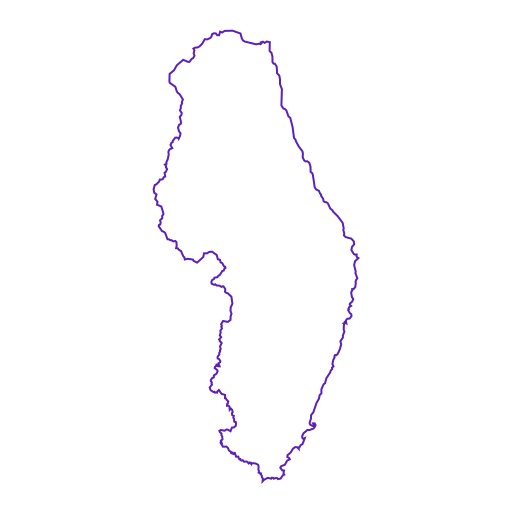 outline of Antalaha, Sava, Madagascar
{"feature_id": "10022922B15279482214677", "entity_name": "Antalaha", "entity_type": "district", "adm_level": 2, "iso_a3": "MDG", "parent_name": "Madagascar", "parent_adm1": "Sava", "projection": "orthographic", "projection_center": [50.057, -15.259], "detail": "fine", "context": "isolated", "style": "outline", "palette": "violet", "viewbox_px": 512, "rotation_deg": 0, "n_neighbors": 0, "source": "geoboundaries", "source_scale": "gbopen_adm2", "svg_char_len": 6064}
<svg xmlns="http://www.w3.org/2000/svg" viewBox="0 0 512 512"><path d="M219.4,430.8L219.9,432.1L221.5,433.6L221.4,435.3L222.2,436.5L222.5,439.4L220.9,440.6L221.5,442.4L220.8,442.0L220.6,442.7L222.9,446.7L226.4,446.6L227.9,447.9L229.0,450.6L231.0,451.9L231.0,452.9L231.7,453.3L232.3,452.9L232.4,453.5L233.6,454.0L234.2,452.9L234.9,453.0L236.1,456.7L238.3,456.6L238.9,458.7L239.5,459.3L240.4,459.1L240.7,460.2L241.7,460.6L242.8,460.2L244.0,461.7L246.5,461.5L247.6,462.1L248.6,463.4L249.7,462.5L250.4,463.4L251.0,463.0L251.5,464.0L251.8,463.3L253.7,463.2L255.9,463.6L258.1,464.8L258.6,466.5L258.4,469.6L259.0,471.1L258.6,472.6L260.9,473.4L260.6,474.4L261.7,475.4L261.9,477.3L262.9,478.5L262.6,481.3L264.2,479.7L267.8,477.8L271.1,478.7L271.8,477.7L273.1,477.9L273.8,478.7L276.0,477.9L277.2,478.2L278.0,479.1L280.6,478.6L283.0,475.1L284.2,474.6L283.5,473.3L284.0,470.5L282.2,470.4L280.3,467.7L281.3,466.1L284.8,464.8L287.2,460.6L289.8,459.3L289.1,458.0L287.3,457.0L287.5,455.2L290.6,452.6L293.0,448.7L295.2,447.1L297.3,447.3L298.8,448.9L298.7,447.3L299.8,446.8L300.6,445.2L302.5,444.1L304.8,438.1L303.2,438.8L302.2,437.7L302.2,436.0L303.4,433.4L307.4,430.0L309.3,430.1L313.6,428.5L315.3,426.1L315.5,424.9L314.6,423.3L313.1,423.4L314.4,425.6L313.9,426.4L310.5,424.9L309.9,424.1L309.6,422.9L311.0,418.4L311.1,415.1L313.4,412.2L316.6,402.7L319.0,398.6L319.6,395.2L321.4,393.4L321.4,389.2L322.9,385.8L323.8,384.1L325.0,383.3L326.4,378.2L330.2,372.4L330.7,370.6L332.2,369.1L332.0,367.6L333.5,366.4L332.4,364.0L333.2,360.1L334.6,357.3L334.4,356.3L335.1,355.0L336.4,355.2L337.7,353.9L339.9,349.1L341.2,344.2L340.4,341.3L342.9,337.5L342.9,335.4L344.4,331.7L343.7,329.7L343.9,325.1L344.4,323.8L343.8,323.4L344.5,323.1L344.7,322.2L346.3,323.3L345.9,320.9L346.4,319.6L347.5,318.7L349.6,318.6L351.5,316.1L351.3,314.3L349.8,313.0L348.2,310.2L348.9,309.2L348.4,308.8L349.0,307.3L351.1,305.9L349.8,304.7L349.9,303.6L352.2,301.6L353.3,299.0L352.0,297.3L351.2,292.9L351.6,291.2L352.3,290.6L352.1,289.1L353.9,288.8L355.3,286.9L355.8,282.8L355.5,282.0L356.1,280.0L357.3,278.3L355.4,272.9L355.7,271.4L354.1,265.0L355.1,261.1L358.4,258.1L357.2,257.4L356.4,256.0L356.7,254.5L354.7,254.5L353.8,254.0L351.4,250.1L352.0,246.9L354.1,244.4L353.8,241.4L351.3,238.6L345.7,237.1L344.0,235.5L344.2,232.9L343.3,230.1L343.7,228.4L342.7,222.9L337.7,216.2L333.0,211.5L332.5,210.3L330.3,208.6L327.9,203.4L326.6,202.3L324.8,202.1L323.6,201.2L323.1,198.7L321.1,195.8L321.1,194.5L320.2,193.8L318.9,190.8L316.2,189.5L314.7,187.3L312.9,175.1L312.2,173.1L310.6,171.9L310.5,166.7L309.3,162.8L307.4,161.3L305.4,161.4L304.1,160.3L302.7,157.4L302.9,153.5L302.4,151.2L298.9,146.7L295.9,141.2L295.5,139.6L294.0,137.9L292.6,127.1L290.3,118.0L288.4,116.3L286.3,110.3L284.8,108.9L283.3,108.5L281.4,105.5L281.9,89.2L280.0,84.1L280.0,79.1L279.3,75.6L277.1,73.3L276.7,66.6L274.8,63.7L273.6,63.7L272.5,62.1L272.4,56.4L271.4,52.7L269.8,51.3L269.6,50.3L269.8,42.2L266.8,41.5L264.6,42.9L263.0,41.7L261.0,42.3L261.5,43.3L260.4,44.2L259.5,43.7L256.0,44.3L244.7,41.5L242.9,40.4L241.8,38.4L240.5,33.5L232.6,30.7L224.7,30.9L222.1,32.5L220.1,31.7L219.1,35.2L217.2,35.2L215.8,33.4L213.7,33.3L212.1,34.2L211.4,36.6L210.3,38.0L207.2,39.4L204.8,39.2L202.4,43.4L199.8,46.2L197.7,47.4L194.9,47.7L193.4,48.6L194.4,50.4L193.7,53.3L194.5,55.7L193.2,58.0L191.5,59.1L189.6,61.7L189.2,62.0L187.3,61.6L183.2,59.8L176.8,65.3L174.0,70.3L169.6,73.9L169.4,81.5L169.8,82.9L175.3,86.7L176.8,91.4L177.8,92.9L179.6,94.1L182.9,99.5L181.8,102.2L182.2,103.2L180.8,105.9L180.8,108.3L179.9,110.3L181.8,113.1L181.2,115.4L179.8,116.7L181.1,122.6L180.6,124.1L179.2,124.7L178.0,127.5L178.9,131.1L180.5,133.3L180.1,135.7L178.7,138.8L178.4,138.2L176.5,137.5L175.2,137.7L172.8,140.9L172.7,142.1L171.3,143.0L170.5,145.0L172.3,148.2L170.0,149.1L168.9,150.4L168.4,151.9L168.7,154.6L167.8,159.0L166.3,162.5L166.5,163.8L164.9,164.6L166.2,166.1L165.9,167.3L167.1,169.0L165.9,171.8L164.6,172.7L165.2,176.5L163.7,177.2L163.0,178.9L161.5,179.6L159.8,179.6L159.2,181.5L156.3,184.4L154.8,184.9L153.6,189.3L154.2,192.7L156.5,194.4L155.2,199.0L157.5,201.7L157.0,204.7L161.3,206.5L163.4,213.3L163.3,214.5L162.2,215.8L162.2,218.3L160.0,220.3L160.7,222.2L160.2,224.6L159.1,224.9L158.7,226.3L162.0,231.1L163.9,231.8L165.2,233.0L167.5,239.2L169.0,239.3L170.2,240.2L171.2,240.1L173.4,241.4L175.3,241.0L176.4,242.1L176.7,245.5L176.1,248.2L177.9,248.4L178.7,249.6L181.1,251.2L183.2,256.1L184.5,257.6L184.8,259.5L187.8,258.8L193.0,259.6L193.5,260.8L197.1,262.6L203.3,257.0L204.0,253.3L207.1,253.3L209.3,251.9L212.1,251.7L216.7,255.0L217.9,259.3L220.0,259.8L220.5,262.3L222.3,263.2L224.0,266.4L225.1,266.7L225.5,267.9L224.3,268.9L223.8,270.5L222.3,271.0L219.7,275.1L218.2,275.9L217.4,277.2L214.4,277.7L214.0,278.9L212.1,280.1L211.4,281.8L211.6,283.7L214.2,284.8L215.3,284.3L216.6,285.5L219.3,285.6L221.5,286.9L222.9,286.2L223.6,286.5L225.3,289.1L225.0,291.8L226.3,292.8L227.7,293.2L231.4,296.7L232.4,303.7L230.7,307.5L230.5,310.7L231.5,313.7L230.6,316.5L230.5,319.9L227.9,321.9L223.1,321.0L221.1,324.2L221.9,325.8L221.3,326.7L222.0,328.4L220.3,330.7L220.7,332.5L219.8,335.4L221.2,337.1L219.1,339.4L219.8,340.2L219.7,341.1L221.7,343.0L220.0,346.5L220.7,349.1L219.9,350.4L220.1,351.5L219.2,353.0L219.4,354.4L217.8,356.4L217.5,357.4L217.7,358.5L219.0,359.0L220.3,360.9L220.1,362.3L218.5,363.3L218.6,364.0L218.0,364.3L219.2,365.3L219.6,366.3L217.8,366.2L216.4,364.9L215.9,366.2L214.9,366.9L214.7,368.1L217.4,370.2L217.6,371.3L216.4,373.8L213.9,375.4L213.8,377.5L212.3,377.9L210.8,380.1L210.8,381.1L211.8,382.4L211.5,383.2L212.0,384.6L209.7,387.4L210.6,390.2L213.5,392.0L214.4,391.8L215.0,392.7L216.2,392.3L217.0,392.7L217.6,391.2L218.8,390.0L221.6,393.9L225.1,394.9L225.0,398.2L225.9,398.4L226.3,399.4L228.2,401.4L228.0,403.0L227.1,404.0L227.0,405.8L228.5,405.7L229.5,406.7L229.7,409.8L230.9,408.6L232.1,409.8L232.7,412.1L231.9,413.4L232.2,415.1L233.8,415.9L233.3,417.7L234.1,418.9L234.2,421.3L234.5,421.9L235.7,421.9L236.0,423.2L235.8,425.8L233.9,427.4L231.9,427.6L230.5,431.2L228.1,429.8L226.4,429.5L224.6,430.7L220.8,430.0L219.4,430.8Z" fill="none" stroke="#5b21b6" stroke-width="2"/></svg>